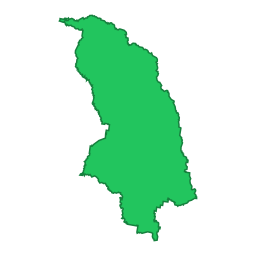 outline of Inverell, New South Wales, Australia
{"feature_id": "25037944B83825062814696", "entity_name": "Inverell", "entity_type": "district", "adm_level": 2, "iso_a3": "AUS", "parent_name": "Australia", "parent_adm1": "New South Wales", "projection": "mercator", "projection_center": [150.906, -29.438], "detail": "fine", "context": "isolated", "style": "filled", "palette": "green", "viewbox_px": 256, "rotation_deg": 0, "n_neighbors": 0, "source": "geoboundaries", "source_scale": "gbopen_adm2", "svg_char_len": 5705}
<svg xmlns="http://www.w3.org/2000/svg" viewBox="0 0 256 256"><path d="M196.6,198.5L196.6,196.9L195.7,196.6L196.0,195.3L194.4,193.3L195.7,190.8L195.2,190.0L195.4,189.5L194.6,188.9L192.3,189.8L191.5,189.5L191.9,186.2L190.4,183.8L190.0,181.9L190.0,180.1L190.7,178.7L189.5,176.0L189.7,172.8L185.7,172.2L185.8,171.7L184.5,171.5L184.8,170.0L186.9,169.3L187.2,166.8L186.4,166.1L185.7,164.1L186.2,162.3L187.7,162.5L188.0,160.9L187.4,160.8L187.7,160.1L187.0,160.0L187.1,159.3L186.4,158.9L186.4,157.3L183.4,155.8L183.5,154.1L182.9,154.0L182.7,152.7L181.7,152.6L181.9,151.2L180.9,150.8L181.0,147.1L182.5,142.8L181.8,141.1L182.3,140.1L181.4,138.7L181.7,137.9L179.7,135.4L180.9,128.0L178.8,126.9L179.0,125.0L178.5,121.5L179.1,120.5L178.6,119.6L179.1,119.4L179.3,117.6L178.3,115.6L178.6,114.6L177.9,112.9L176.9,113.0L177.0,112.5L176.0,111.6L176.2,110.8L175.6,110.2L175.1,106.7L173.2,102.6L174.1,102.0L174.0,101.0L171.3,99.5L169.0,96.3L169.0,93.7L168.4,92.2L167.7,92.3L167.6,90.6L166.7,90.4L164.2,91.4L162.3,89.6L161.4,89.5L160.7,86.8L161.7,85.6L159.7,82.3L158.4,82.2L157.0,80.2L156.5,77.0L157.8,75.5L158.4,73.5L157.8,72.9L157.9,71.5L156.7,71.3L156.1,70.6L157.5,68.8L157.6,67.3L156.7,64.5L157.4,63.7L156.1,62.5L156.3,61.8L157.2,61.4L157.3,60.5L157.3,59.2L156.4,57.7L152.5,55.6L151.6,53.0L150.9,53.6L149.2,53.0L148.2,52.1L148.2,51.3L147.3,50.2L145.4,49.3L144.0,49.6L142.6,47.5L139.0,46.8L138.2,45.5L137.0,45.5L136.2,44.4L135.7,44.6L135.5,43.5L133.0,43.2L131.7,44.1L131.6,44.7L129.3,45.3L129.4,44.7L128.6,44.7L127.7,43.8L128.2,43.3L127.4,42.0L127.5,41.0L128.1,40.6L128.0,38.1L125.9,37.5L126.1,35.9L125.2,34.7L126.5,34.2L126.2,32.3L124.2,30.3L120.4,29.1L119.3,29.0L118.4,29.8L117.1,29.6L116.3,28.5L115.4,28.9L115.4,28.1L114.7,27.6L114.4,25.2L113.7,24.4L112.6,24.3L111.6,22.9L110.1,22.9L109.6,23.8L109.0,23.9L108.3,23.0L107.5,23.7L107.0,22.6L106.2,22.9L104.5,20.9L100.8,19.9L100.8,18.6L99.0,18.1L98.0,18.4L96.4,16.9L95.1,16.8L94.5,15.9L93.0,16.2L92.5,15.4L89.8,15.5L89.2,16.3L87.5,16.9L87.4,17.9L85.3,18.1L84.0,19.2L83.0,17.6L79.1,19.7L78.0,21.3L77.2,20.2L76.6,20.2L76.3,20.9L74.1,20.5L74.1,19.6L71.8,18.4L69.3,19.3L68.4,18.0L67.8,18.7L68.5,19.5L68.2,20.5L66.1,20.7L64.9,19.8L66.5,19.2L66.4,18.5L64.9,18.2L63.6,19.3L60.1,18.6L60.1,19.7L59.4,21.0L63.4,22.3L64.4,21.6L64.7,22.7L65.6,23.5L65.5,24.5L66.6,25.6L67.2,24.6L68.5,25.7L71.2,25.3L72.0,26.3L73.9,26.8L74.7,27.5L74.7,28.5L74.9,28.0L75.9,28.9L78.0,28.6L78.9,29.8L80.4,30.1L81.9,29.3L81.8,30.1L82.9,30.3L82.0,36.0L82.9,37.6L81.5,38.7L81.0,39.9L79.6,40.4L79.3,42.1L78.9,42.0L78.3,42.9L78.9,44.8L78.4,44.8L75.5,50.6L75.3,53.1L76.4,54.9L76.0,55.8L77.9,58.3L77.0,59.5L76.6,62.7L75.7,64.1L76.2,64.9L75.5,66.3L76.5,67.9L77.4,67.7L77.8,68.3L77.3,69.7L78.1,69.6L77.9,70.1L78.6,71.1L78.3,71.5L80.1,72.7L80.0,73.5L80.8,74.3L82.3,74.4L82.0,75.4L82.6,75.4L82.5,76.7L84.0,77.5L84.7,76.4L84.8,77.7L85.7,78.7L86.4,78.0L86.9,78.4L86.7,80.3L87.3,79.6L87.9,80.1L89.0,79.8L88.8,80.8L89.4,81.5L89.4,82.6L90.4,83.1L90.2,83.9L91.1,84.5L91.0,85.0L92.3,85.2L91.6,86.2L92.7,87.4L91.8,89.4L92.7,90.7L92.3,93.0L93.3,93.0L93.0,95.1L94.1,95.5L93.5,96.9L94.0,97.4L93.3,100.7L92.4,103.0L93.3,103.1L92.9,104.1L94.1,104.0L93.5,105.0L94.2,105.6L94.1,106.2L95.3,106.8L94.9,108.1L95.9,108.4L95.5,109.4L96.5,109.4L96.7,110.4L98.0,110.2L98.7,111.3L98.8,111.7L98.1,112.1L98.5,112.8L99.1,112.5L99.2,113.2L98.4,113.4L98.8,113.4L98.6,113.9L99.7,115.3L99.9,116.5L100.6,116.9L101.3,118.3L100.6,119.2L101.4,120.2L101.0,120.9L102.2,121.8L101.9,123.9L104.6,124.3L104.8,123.4L108.1,123.9L108.0,124.4L109.5,124.7L108.7,130.6L106.3,130.2L105.8,132.9L106.5,133.0L106.3,134.4L105.6,134.3L105.4,138.1L99.0,140.5L93.6,144.5L92.3,146.0L91.9,145.5L91.6,146.2L90.3,146.0L89.3,153.3L89.8,153.4L89.5,155.3L87.7,156.5L87.4,157.1L87.7,158.4L86.2,159.3L86.0,160.4L84.4,161.6L85.2,162.4L85.1,164.5L85.6,164.9L84.8,165.2L84.9,165.9L84.1,166.2L84.6,167.8L83.8,168.5L84.2,169.0L83.3,171.3L83.5,172.2L82.5,172.9L82.6,173.5L81.2,173.8L81.7,174.3L81.2,174.8L80.4,174.4L79.9,175.1L82.9,175.4L83.0,174.6L83.8,173.9L84.3,174.1L84.6,175.3L85.2,174.1L86.7,174.8L87.9,174.4L88.9,175.3L90.1,174.5L91.8,177.0L94.6,175.9L96.4,176.9L98.4,179.1L98.3,180.6L99.8,183.0L101.8,182.5L103.6,183.5L105.5,183.4L106.2,185.2L106.9,185.6L106.8,186.3L108.3,187.1L107.8,188.8L108.8,189.0L108.6,189.8L110.0,190.4L109.9,190.8L111.5,191.5L111.9,192.7L113.5,193.2L114.4,192.5L116.5,193.1L118.6,192.2L119.1,192.8L120.6,192.7L120.6,194.2L121.8,194.8L122.6,196.9L122.0,199.2L120.8,197.5L120.0,197.7L120.7,200.4L120.2,201.1L120.3,202.7L121.5,203.2L121.3,204.8L120.2,204.8L120.0,205.7L121.2,208.4L122.1,207.8L123.1,208.4L123.2,209.2L122.2,210.8L122.9,213.9L122.1,214.7L123.0,216.9L121.8,218.4L123.0,218.8L123.9,218.2L124.7,219.0L124.9,219.8L124.0,221.8L125.8,222.9L125.8,222.0L126.5,221.8L127.1,223.1L126.8,223.8L127.8,224.0L127.8,224.3L136.7,225.9L136.8,225.3L138.0,225.5L136.9,232.2L137.2,233.2L138.7,232.3L139.4,232.9L140.8,232.5L142.0,233.3L147.7,231.8L151.7,232.7L152.7,233.6L152.4,236.8L153.3,238.8L153.9,239.0L154.2,240.6L157.1,240.2L157.7,236.6L156.8,233.9L157.0,232.1L158.1,231.7L158.9,228.6L159.9,228.8L160.2,227.2L158.4,226.9L158.7,223.9L158.4,222.6L157.2,222.4L156.2,220.6L155.2,220.4L155.0,221.7L154.3,221.6L154.5,220.6L154.0,220.6L153.8,220.0L154.7,219.2L155.2,216.4L154.5,216.3L155.0,213.6L154.0,213.5L154.4,210.6L156.1,211.3L156.7,207.2L160.1,207.8L160.5,205.1L162.6,205.4L163.2,201.4L167.9,202.0L168.3,199.6L167.6,199.5L168.1,198.2L169.3,198.9L169.2,199.6L171.5,200.2L171.4,200.8L174.1,201.8L174.1,202.3L175.0,202.5L174.5,203.4L175.0,204.9L177.0,205.3L177.8,206.2L178.4,205.4L180.4,205.4L182.4,204.4L183.4,204.9L183.5,204.1L186.9,203.1L188.0,202.2L188.3,201.2L191.5,200.2L194.6,198.3L196.6,198.5Z" fill="#22c55e" stroke="#15803d" stroke-width="1.5"/></svg>